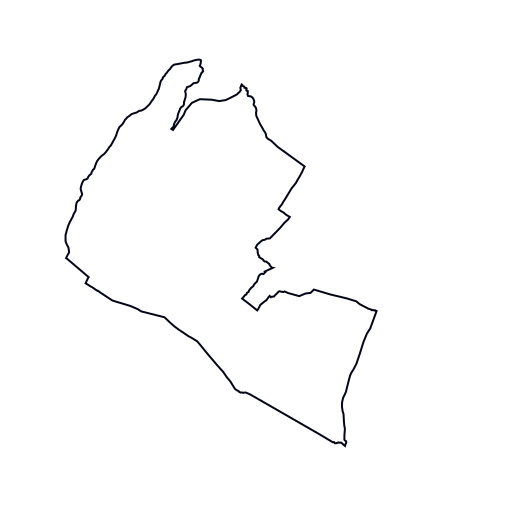 Kaskazini B, Kaskazini-Unguja, United Republic of Tanzania, rotated 38°
{"feature_id": "72390352B15073652071238", "entity_name": "Kaskazini B", "entity_type": "district", "adm_level": 2, "iso_a3": "TZA", "parent_name": "United Republic of Tanzania", "parent_adm1": "Kaskazini-Unguja", "projection": "mercator", "projection_center": [39.266, -5.966], "detail": "fine", "context": "isolated", "style": "outline", "palette": "ink", "viewbox_px": 512, "rotation_deg": 38, "n_neighbors": 0, "source": "geoboundaries", "source_scale": "gbopen_adm2", "svg_char_len": 5935}
<svg xmlns="http://www.w3.org/2000/svg" viewBox="0 0 512 512"><g transform="rotate(38 256 256)"><path d="M139.1,129.7L140.1,133.1L141.9,134.7L142.1,136.8L141.7,138.6L141.5,140.4L139.2,145.5L136.2,151.7L131.6,156.6L124.9,160.1L115.2,167.0L111.2,174.8L110.8,184.6L112.1,189.1L113.0,207.8L111.0,208.0L111.4,204.6L110.6,203.4L110.0,201.6L109.7,200.7L109.6,197.3L109.1,196.4L109.0,195.3L108.6,194.7L107.7,193.3L107.0,191.6L106.1,188.3L105.5,186.7L105.4,185.0L106.1,182.9L106.1,181.4L105.2,179.9L104.4,178.9L104.1,177.7L103.6,176.6L102.8,174.4L101.5,172.3L100.1,170.8L98.6,169.7L98.4,168.6L98.5,167.9L97.7,165.7L98.0,164.9L98.5,164.2L99.1,163.2L99.5,162.7L100.0,160.6L100.4,158.3L100.9,157.8L102.8,155.7L103.1,154.8L103.1,154.0L102.9,153.0L101.8,151.5L101.7,150.0L101.4,149.2L101.0,148.1L100.8,146.8L100.3,145.6L100.7,144.2L100.4,143.8L100.5,142.8L99.7,142.4L99.0,141.6L98.7,141.1L97.5,140.9L96.4,140.9L95.2,141.0L94.5,140.7L94.5,139.9L94.0,138.9L93.7,138.0L92.2,135.8L91.8,135.6L90.9,135.9L90.2,136.3L89.2,137.2L88.1,138.4L86.8,140.1L86.2,140.8L85.6,142.0L84.6,143.2L82.4,146.2L81.0,147.4L79.4,149.2L76.7,152.3L74.6,154.6L73.6,155.7L73.3,156.9L73.0,158.0L73.0,159.9L73.2,161.5L73.0,162.3L72.8,164.5L72.9,166.4L72.7,168.4L73.1,169.9L72.9,171.2L72.7,172.8L73.3,173.6L73.3,174.4L73.2,176.1L73.7,178.1L74.3,179.1L76.6,184.3L76.7,185.3L77.8,189.6L77.8,192.2L78.2,194.2L78.4,196.0L78.4,198.4L78.6,200.3L78.7,202.3L78.3,204.8L78.0,207.1L77.7,208.4L76.8,210.6L76.1,212.0L75.0,213.1L74.4,214.1L73.6,216.4L72.0,218.6L70.5,221.0L70.1,223.1L69.2,226.0L69.1,228.2L68.9,229.0L69.3,231.2L69.6,234.1L69.3,237.0L69.0,238.2L69.3,240.1L69.5,240.6L69.6,241.4L70.3,243.7L71.3,246.4L72.0,248.8L73.0,254.6L73.6,258.5L73.3,260.0L73.6,262.5L73.7,267.0L73.5,269.4L72.9,271.2L72.5,273.8L72.3,275.9L72.3,277.8L72.5,279.8L73.2,282.3L74.5,285.9L74.8,287.1L74.8,287.4L74.5,288.0L74.8,291.1L75.6,292.6L75.2,294.1L75.0,295.5L75.1,297.1L75.3,298.0L75.6,298.5L75.5,298.9L74.7,300.5L74.1,301.2L73.6,302.1L73.6,303.3L74.3,306.3L75.7,309.7L76.7,311.3L79.1,313.0L81.1,314.5L81.4,315.4L81.5,317.7L81.6,318.2L82.2,319.1L82.4,320.8L81.8,321.8L81.8,324.3L82.8,326.5L85.9,331.2L86.5,335.2L87.5,338.3L88.3,343.4L89.3,347.4L91.0,352.0L92.2,354.8L93.0,356.7L96.8,361.6L99.4,363.2L103.1,364.9L105.4,367.1L106.5,368.3L106.8,370.4L107.2,372.6L107.7,374.6L108.8,374.5L137.1,375.7L137.1,376.2L137.8,379.5L138.0,380.3L138.2,380.9L138.5,382.4L139.7,382.3L141.9,382.0L143.7,381.9L145.8,381.5L147.1,381.4L149.1,381.3L149.6,381.3L150.6,381.3L150.9,381.2L151.3,381.1L152.2,381.0L152.5,381.1L152.8,380.7L153.6,380.7L154.4,380.6L155.4,380.7L170.0,379.5L171.3,379.1L187.8,372.7L195.4,370.7L199.7,370.3L221.7,360.6L228.4,361.3L234.7,361.7L240.6,361.6L247.9,361.0L252.1,360.8L255.9,360.1L262.3,359.4L278.7,363.1L292.9,366.0L301.8,367.6L307.3,369.4L312.9,370.6L321.3,373.7L323.5,373.6L324.7,373.3L325.8,373.2L326.1,373.4L326.7,373.4L327.1,373.2L327.6,373.2L327.9,373.1L328.5,372.6L329.1,372.1L329.7,371.8L330.0,371.8L330.3,371.6L330.5,371.4L330.6,371.2L331.2,370.6L331.3,370.4L331.7,370.1L331.9,369.9L336.5,368.7L414.4,357.6L431.1,355.5L431.6,355.0L431.8,354.7L432.0,354.6L432.7,354.8L433.2,354.9L433.4,354.9L433.8,354.8L433.9,354.7L434.4,354.1L434.6,354.0L434.8,353.7L435.0,353.5L435.2,353.0L435.5,352.7L435.6,352.3L435.8,352.1L436.3,352.0L437.6,350.9L437.9,350.7L438.3,350.8L438.7,350.8L439.3,350.6L439.5,350.6L439.9,350.7L440.3,350.8L443.1,350.9L442.9,350.4L442.4,349.2L441.9,347.3L440.9,346.5L439.4,346.6L438.6,346.2L435.6,342.2L432.5,337.5L429.6,334.9L425.6,330.5L422.3,326.7L419.6,324.8L416.4,321.7L413.8,318.1L411.9,314.0L411.7,312.9L411.1,309.9L410.3,307.1L409.4,305.3L408.4,303.0L405.1,295.5L403.8,292.4L403.0,289.5L402.7,285.7L401.5,279.2L398.1,269.5L393.7,257.8L391.2,249.0L390.6,242.7L387.4,232.8L384.9,225.1L384.4,225.2L383.6,225.6L383.3,225.8L383.1,225.6L382.5,226.1L381.7,226.5L381.3,226.8L381.3,226.7L380.9,226.9L376.7,228.4L367.4,230.1L362.9,230.0L353.7,233.5L338.1,240.6L322.3,246.8L321.7,251.5L318.0,255.2L314.8,261.0L303.9,265.5L300.4,266.3L299.7,267.6L296.0,269.5L295.7,270.7L295.7,271.3L295.3,274.1L295.2,275.1L295.1,275.6L295.2,276.5L295.0,276.9L294.4,277.5L294.0,278.0L293.2,278.7L293.1,279.0L293.1,279.3L291.3,279.1L291.3,279.8L291.2,280.9L291.3,281.3L291.4,284.5L291.0,285.6L290.6,287.1L289.5,291.9L289.9,293.8L290.4,296.5L290.5,298.1L280.8,298.0L278.3,298.0L271.3,298.1L271.5,293.3L272.1,292.3L271.5,290.6L272.3,289.1L271.7,287.3L271.8,284.2L272.4,281.3L272.0,279.3L272.3,276.8L272.5,275.7L271.2,271.8L270.8,271.2L270.5,269.0L270.6,268.4L270.9,267.4L271.6,266.3L273.0,265.6L273.3,263.0L272.5,262.8L276.5,255.0L276.3,255.1L276.0,255.3L275.8,255.4L275.5,255.4L274.5,255.2L274.1,255.2L271.7,254.4L271.2,254.0L270.7,254.1L270.2,254.2L269.4,254.1L267.5,254.1L267.1,254.4L266.4,254.9L265.7,255.0L264.7,254.9L263.8,254.5L263.1,254.5L261.8,254.7L261.0,254.8L260.5,254.8L260.2,254.9L259.1,254.9L258.8,254.3L258.0,253.8L257.4,253.9L256.1,253.0L255.0,252.0L253.1,249.9L251.6,249.8L250.6,249.7L250.0,246.4L250.6,242.8L251.3,239.7L253.0,237.7L253.7,235.7L254.7,234.9L255.4,234.3L256.1,233.6L257.7,219.0L257.9,212.9L258.8,207.1L258.6,204.4L256.3,204.7L254.1,205.0L251.0,204.8L248.5,205.2L245.1,205.3L244.7,204.4L244.6,202.9L244.6,200.7L244.6,198.9L244.4,198.1L244.2,197.0L244.1,196.2L244.0,194.2L242.4,180.7L242.5,174.1L241.8,169.9L241.6,167.5L240.4,160.5L240.1,159.6L239.6,157.5L239.2,155.5L222.1,156.1L215.7,156.3L206.0,156.7L196.8,155.8L196.0,156.0L193.0,156.3L190.9,155.9L188.9,154.0L188.0,153.5L187.3,153.2L187.1,153.0L185.2,152.5L181.7,151.0L178.1,149.6L170.0,145.4L167.8,143.1L166.9,141.2L165.0,139.5L163.3,138.8L161.8,138.6L160.8,138.1L159.9,135.9L159.3,135.1L157.2,133.8L155.7,133.3L153.7,133.4L151.2,134.8L149.7,133.8L149.1,132.6L148.0,131.1L147.1,131.4L146.4,131.4L146.0,131.0L145.7,130.5L145.7,130.0L145.5,129.8L145.0,129.6L144.6,129.9L143.3,130.5L142.9,129.9L142.5,129.7L141.6,130.0L140.6,130.2L140.0,129.7L139.1,129.7Z" fill="none" stroke="#020617" stroke-width="2"/></g></svg>